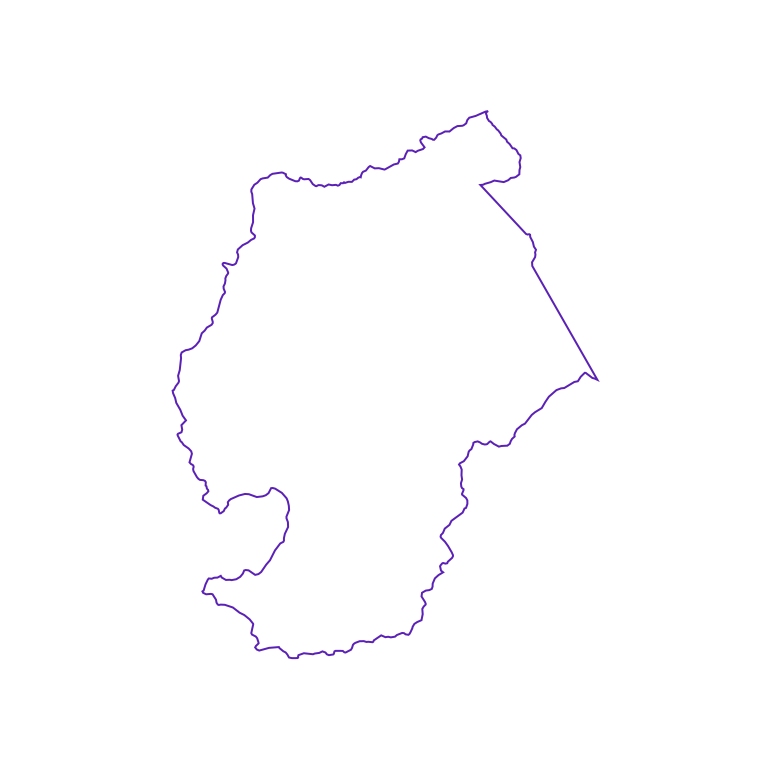 Candarave, Tacna, Peru (Albers equal-area conic projection), rotated 197°
{"feature_id": "86281439B21973804686801", "entity_name": "Candarave", "entity_type": "district", "adm_level": 2, "iso_a3": "PER", "parent_name": "Peru", "parent_adm1": "Tacna", "projection": "albers", "projection_center": [-70.288, -17.116], "detail": "fine", "context": "isolated", "style": "outline", "palette": "violet", "viewbox_px": 768, "rotation_deg": 197, "n_neighbors": 0, "source": "geoboundaries", "source_scale": "gbopen_adm2", "svg_char_len": 6151}
<svg xmlns="http://www.w3.org/2000/svg" viewBox="0 0 768 768"><g transform="rotate(197 384 384)"><path d="M524.9,234.7L523.9,234.3L522.8,232.2L521.3,231.3L520.6,230.0L521.6,227.7L524.1,224.3L523.5,220.4L514.4,217.5L511.3,217.0L509.4,216.3L506.3,216.1L505.3,215.3L503.8,212.6L503.1,212.3L502.3,212.7L500.1,215.6L499.7,218.4L498.8,219.6L497.7,222.9L498.8,225.3L498.1,227.3L496.9,229.1L490.1,235.0L484.8,238.2L481.0,239.1L472.6,238.7L467.2,241.1L464.5,243.1L462.5,245.9L461.5,251.4L460.0,252.0L457.5,252.1L449.8,250.0L443.7,246.2L441.6,243.6L439.4,239.7L437.9,235.7L438.5,228.7L438.0,227.1L435.5,223.8L433.9,219.2L435.0,211.7L434.6,207.2L433.9,205.0L434.1,203.6L436.6,201.2L439.6,193.0L441.5,182.1L443.8,176.9L446.5,168.3L448.5,165.5L451.4,163.8L459.0,166.2L461.8,165.7L463.2,164.8L463.5,161.5L465.1,157.6L468.2,154.1L472.4,151.9L474.2,151.7L477.9,150.4L482.6,151.5L484.0,152.8L486.6,150.2L489.7,149.1L491.8,147.4L494.7,146.8L495.3,145.4L496.1,140.2L496.1,133.7L497.0,132.6L495.9,131.4L492.6,130.9L488.1,132.7L486.5,132.8L481.6,128.6L480.2,125.9L478.5,124.5L477.3,124.4L475.6,125.3L471.6,126.3L463.2,126.1L455.3,123.1L450.0,122.2L443.6,119.6L439.1,116.5L438.8,115.9L438.1,107.0L437.0,105.8L432.7,105.0L431.0,103.8L428.5,100.2L428.1,99.3L429.9,96.0L430.2,94.4L428.0,92.9L425.4,92.6L416.7,98.1L407.6,101.7L406.8,100.9L402.2,99.0L399.5,98.5L397.3,97.0L394.9,94.7L391.9,94.9L386.6,96.6L386.1,97.3L386.5,98.2L386.5,99.7L381.9,103.1L372.9,104.8L371.4,106.0L367.3,107.9L364.7,110.3L361.4,110.1L359.7,108.8L357.4,108.6L353.5,110.5L353.1,111.3L353.2,113.8L352.4,114.6L345.4,116.7L343.4,115.8L342.2,116.0L337.9,120.2L337.4,122.3L337.4,125.5L336.8,126.8L335.7,128.1L332.1,130.9L328.1,132.2L325.3,132.2L323.7,132.9L319.5,133.7L318.9,134.4L318.8,135.8L313.2,142.8L308.6,142.3L306.1,143.5L303.4,143.7L299.6,145.6L298.3,147.7L293.9,151.2L292.1,151.6L290.1,150.9L287.3,151.3L286.6,152.3L286.1,154.4L285.5,158.7L285.6,160.3L284.8,163.5L282.6,166.1L279.1,169.1L279.7,175.2L281.6,180.1L281.0,182.7L279.7,185.2L279.8,185.9L281.0,187.5L286.0,191.8L286.6,195.5L283.6,198.7L280.5,200.1L278.4,202.0L278.3,204.4L279.1,207.4L278.5,213.0L276.0,217.2L272.4,221.2L274.9,222.2L277.1,226.1L276.9,227.1L276.0,229.3L275.2,230.1L272.7,230.2L271.1,231.1L271.0,232.7L268.0,237.7L267.7,239.5L268.0,240.5L270.1,242.9L275.4,247.8L279.6,251.0L284.3,253.5L285.2,254.4L285.4,256.2L284.1,258.8L283.6,263.5L280.2,268.4L279.5,272.9L271.2,284.0L270.6,288.5L269.4,289.4L269.3,290.1L269.2,293.7L270.3,297.1L272.2,299.0L276.9,301.0L277.3,301.6L276.9,305.5L277.2,306.7L279.0,307.3L280.1,308.5L280.9,310.4L281.4,311.6L281.4,315.5L283.2,319.3L284.7,324.9L286.8,327.5L288.7,328.9L288.2,330.4L285.1,333.5L282.9,339.3L283.2,344.0L282.7,345.5L281.4,347.3L281.0,352.1L281.3,353.8L280.3,355.0L277.6,356.5L275.0,356.2L272.9,355.5L270.1,355.6L268.7,356.1L267.7,356.8L266.1,359.7L265.3,360.3L261.4,358.8L255.8,357.7L253.5,359.1L248.0,361.1L246.2,363.6L246.1,366.4L245.5,369.0L243.7,372.0L244.4,373.4L244.4,375.4L243.6,379.6L240.1,384.9L237.6,387.3L233.7,397.6L231.3,401.2L226.1,407.1L224.4,414.3L222.6,420.1L217.3,428.6L213.4,431.6L210.4,432.9L202.6,441.6L199.4,443.3L198.0,448.4L195.3,453.4L194.3,453.6L186.5,450.7L184.0,450.8L181.2,450.4L276.7,540.2L278.0,543.7L276.6,549.5L277.0,552.0L278.0,554.0L277.9,556.8L280.8,559.2L283.1,563.2L287.1,567.3L288.0,569.5L289.0,569.7L290.4,568.9L292.0,569.0L350.0,602.5L347.4,603.6L346.1,604.9L341.0,608.2L338.0,610.8L328.5,612.1L324.8,615.2L323.0,618.1L319.7,619.6L318.4,620.6L315.9,624.1L317.0,628.3L317.1,631.3L319.3,635.8L319.3,640.0L320.5,642.5L322.7,643.3L325.8,646.5L328.3,647.4L330.0,647.0L334.0,650.2L337.2,651.7L338.5,653.5L344.5,656.0L345.7,657.6L348.9,659.9L350.6,660.5L353.3,662.5L356.0,663.5L356.7,664.5L358.8,665.8L360.5,666.2L363.2,668.6L364.2,670.8L365.5,672.3L365.5,673.8L364.2,675.4L366.5,674.2L374.8,667.1L380.3,663.6L381.5,660.7L381.6,657.3L383.5,654.7L384.7,653.8L389.2,652.1L392.2,649.1L395.2,644.6L399.4,643.4L402.4,640.4L405.0,638.5L405.7,637.5L406.1,634.9L407.4,632.2L408.6,631.9L410.0,632.3L413.0,632.2L416.3,632.8L419.2,631.3L419.3,629.9L420.5,628.6L420.5,627.5L419.3,625.8L414.4,622.2L415.4,620.1L419.9,616.9L421.5,615.0L425.3,615.6L429.6,614.1L430.4,610.1L430.6,605.7L432.5,604.2L435.0,603.4L434.7,601.0L435.2,598.9L438.8,596.8L445.7,589.6L446.3,589.2L452.0,588.9L455.9,587.5L461.0,588.4L462.1,587.0L463.7,582.8L466.1,580.8L466.7,579.3L466.9,576.8L466.7,574.9L467.4,575.0L469.0,573.7L470.2,571.8L472.3,570.7L473.8,567.9L477.1,567.0L480.2,564.8L481.2,565.2L481.9,564.0L484.1,563.4L484.8,561.2L486.1,560.2L488.2,560.4L491.8,558.9L495.3,558.6L498.7,555.2L501.5,555.8L503.6,555.4L504.9,555.0L506.5,553.4L507.3,553.3L510.5,554.3L514.3,557.4L516.1,558.0L520.3,556.4L521.7,556.4L523.4,557.1L524.2,557.0L524.6,556.1L524.8,553.6L526.1,552.5L528.1,552.0L534.7,552.6L537.4,553.4L538.9,554.7L539.1,555.9L542.5,556.5L543.8,556.3L552.1,552.4L553.8,550.6L555.5,547.4L560.2,545.1L561.9,543.8L563.9,539.5L566.3,536.6L567.7,531.3L567.1,529.1L565.6,527.1L562.2,518.6L559.1,513.9L558.6,507.1L556.5,500.4L556.6,494.1L556.0,491.6L555.0,490.2L550.9,488.3L550.4,486.7L550.7,485.3L553.2,483.0L555.6,479.4L559.8,475.4L563.1,469.9L563.0,466.9L561.4,465.1L560.5,462.8L560.8,456.3L561.2,455.5L562.4,454.2L563.9,453.4L571.8,453.2L572.9,452.8L573.4,452.0L573.2,451.0L572.4,450.2L568.3,448.3L565.6,445.0L565.4,444.1L566.4,441.3L566.6,438.6L565.9,436.7L565.5,433.5L566.0,430.4L565.2,428.3L562.9,425.5L562.9,424.2L564.1,422.0L564.8,416.8L564.3,403.5L565.4,401.0L568.0,397.4L567.8,396.2L566.0,393.5L565.6,392.2L566.2,390.2L569.9,386.2L571.1,382.6L573.1,379.2L573.2,371.0L575.3,365.8L577.9,362.0L580.9,359.7L583.6,358.3L586.7,355.0L586.8,352.3L585.6,349.3L583.4,337.6L583.3,331.6L580.9,326.9L580.9,325.3L582.5,321.0L583.2,316.9L584.2,315.9L583.0,313.5L579.6,309.5L577.1,305.2L571.3,299.8L567.3,294.8L562.7,291.3L565.7,285.4L563.6,281.3L563.6,278.6L566.4,276.2L566.7,275.4L566.3,274.5L561.7,269.7L560.3,269.2L557.7,267.1L551.9,265.2L548.7,263.3L547.3,261.1L547.1,252.2L545.1,251.0L543.3,250.7L542.4,250.1L541.8,249.1L541.7,246.9L540.7,245.0L535.6,240.2L533.7,239.0L532.0,238.5L528.6,239.2L526.9,239.0L525.7,238.0L524.9,234.7Z" fill="none" stroke="#5b21b6" stroke-width="2"/></g></svg>